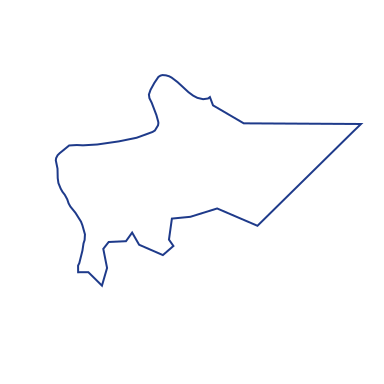 the district of Hancock, Kentucky, United States of America, rotated 288°
{"feature_id": "52423323B75226033138099", "entity_name": "Hancock", "entity_type": "district", "adm_level": 2, "iso_a3": "USA", "parent_name": "United States of America", "parent_adm1": "Kentucky", "projection": "mercator", "projection_center": [-86.797, 37.827], "detail": "fine", "context": "isolated", "style": "outline", "palette": "blue", "viewbox_px": 384, "rotation_deg": 288, "n_neighbors": 0, "source": "geoboundaries", "source_scale": "gbopen_adm2", "svg_char_len": 1027}
<svg xmlns="http://www.w3.org/2000/svg" viewBox="0 0 384 384"><g transform="rotate(288 192 192)"><path d="M287.8,179.7L285.9,178.4L283.7,173.9L283.2,168.0L284.0,163.3L285.8,157.9L292.0,144.4L294.5,137.3L295.0,134.5L294.9,131.2L294.1,127.8L293.0,126.1L291.1,124.5L284.2,122.5L276.4,121.0L271.4,120.9L268.1,122.5L264.3,126.2L254.1,134.4L248.8,137.9L247.3,138.7L244.9,139.1L239.0,137.7L236.9,135.9L226.5,122.6L217.5,106.7L207.9,87.2L202.7,73.9L201.1,68.0L198.3,60.8L188.1,54.2L185.6,52.9L185.3,52.8L182.2,52.3L180.0,52.7L172.6,56.9L163.7,60.0L159.2,62.2L154.6,66.1L152.2,68.7L150.0,71.9L146.5,75.6L143.0,78.2L140.6,80.8L136.1,87.7L129.5,95.6L126.4,98.1L118.6,103.3L113.2,104.7L109.6,104.7L102.4,105.9L89.5,106.8L86.8,106.4L80.5,108.5L83.7,118.2L75.1,135.3L93.5,134.7L110.5,125.2L118.7,128.2L124.8,144.4L134.9,147.6L125.5,158.0L123.0,183.8L134.9,191.0L139.6,184.8L160.5,181.1L167.9,198.1L184.1,221.0L180.1,264.7L298.3,326.1L308.9,331.7L273.3,220.0L280.9,185.2L287.8,179.7Z" fill="none" stroke="#1e3a8a" stroke-width="2"/></g></svg>